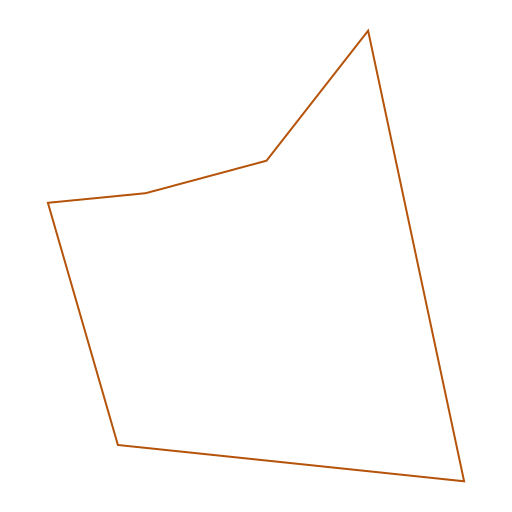 outline of Saint John Figtree
{"feature_id": "KNA-5105", "entity_name": "Saint John Figtree", "entity_type": "Parish", "adm_level": 1, "iso_a3": "KNA", "parent_name": "Saint Kitts and Nevis", "parent_adm1": "", "projection": "equal_earth", "projection_center": [-62.592, 17.123], "detail": "fine", "context": "isolated", "style": "outline", "palette": "amber", "viewbox_px": 512, "rotation_deg": 0, "n_neighbors": 0, "source": "natural_earth", "source_scale": "10m", "svg_char_len": 209}
<svg xmlns="http://www.w3.org/2000/svg" viewBox="0 0 512 512"><path d="M464.1,481.3L117.9,445.0L47.9,202.8L145.6,193.2L266.5,160.7L368.1,30.7L464.1,481.3Z" fill="none" stroke="#b45309" stroke-width="2"/></svg>